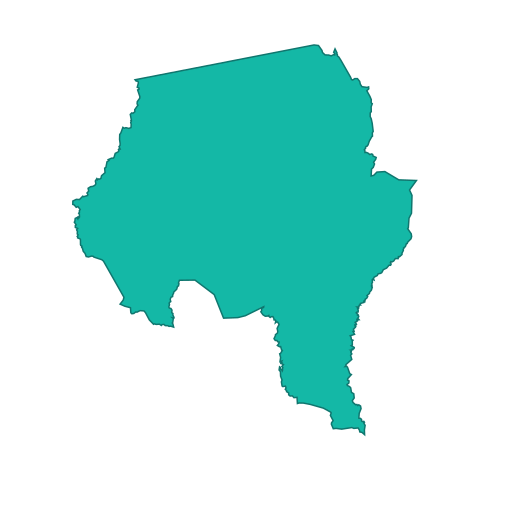 outline of Gurue, Zambezia, Mozambique, rotated 349°
{"feature_id": "85939544B52550879093260", "entity_name": "Gurue", "entity_type": "district", "adm_level": 2, "iso_a3": "MOZ", "parent_name": "Mozambique", "parent_adm1": "Zambezia", "projection": "robinson", "projection_center": [36.983, -15.463], "detail": "fine", "context": "isolated", "style": "filled", "palette": "teal", "viewbox_px": 512, "rotation_deg": 349, "n_neighbors": 0, "source": "geoboundaries", "source_scale": "gbopen_adm2", "svg_char_len": 6070}
<svg xmlns="http://www.w3.org/2000/svg" viewBox="0 0 512 512"><g transform="rotate(349 256 256)"><path d="M398.8,111.5L397.2,111.7L392.3,110.0L391.2,107.3L391.1,104.4L389.4,101.2L386.8,100.7L384.5,101.7L383.4,101.0L383.0,98.7L376.7,80.1L375.3,76.5L374.1,75.1L374.3,73.8L373.8,73.1L374.3,72.2L373.1,67.8L371.1,70.9L372.0,72.2L371.6,73.6L370.9,73.1L368.0,73.9L365.7,72.6L362.2,71.8L360.1,68.9L360.0,66.8L357.5,61.3L353.2,59.9L170.9,59.9L171.7,61.4L173.4,61.9L173.6,62.6L173.5,63.8L171.6,67.7L173.2,68.8L173.0,69.9L171.5,70.4L172.4,77.4L172.0,78.9L168.9,81.8L168.3,84.0L168.9,85.4L164.9,89.2L164.6,91.3L162.5,92.4L161.4,91.8L159.6,93.0L159.6,98.9L159.1,99.1L159.4,99.8L158.5,100.9L158.6,103.0L157.8,106.1L155.5,106.5L152.8,105.2L151.0,105.4L149.9,104.3L146.8,109.4L145.4,110.7L144.3,115.6L144.1,119.7L143.6,121.6L142.4,122.5L143.0,125.0L142.0,124.7L141.2,125.4L141.5,126.6L140.5,127.5L137.4,128.4L135.5,132.0L134.7,132.7L132.8,132.4L129.3,133.2L129.9,134.2L127.7,135.1L125.6,140.3L124.2,140.9L123.7,145.4L119.7,147.7L118.5,150.3L116.7,150.7L115.8,150.2L114.9,150.9L114.5,149.7L112.6,151.7L112.6,154.6L111.4,155.8L109.3,156.5L106.8,156.4L104.1,157.5L104.1,160.4L102.1,161.9L102.7,163.6L102.2,164.5L98.1,164.9L97.4,164.2L93.5,166.9L90.4,166.1L86.7,167.1L86.0,170.4L87.3,171.2L88.8,173.9L90.6,173.5L92.3,176.8L91.2,177.9L91.1,179.3L90.1,180.2L90.6,181.1L90.2,184.0L89.7,184.5L89.7,183.8L88.8,183.6L88.1,185.4L87.6,184.1L85.7,184.6L84.7,187.7L84.1,188.1L85.4,191.1L84.4,191.7L84.1,193.5L86.2,194.9L84.9,196.1L85.4,197.8L84.7,200.2L85.4,201.3L84.2,202.8L84.7,203.3L84.4,204.2L86.5,205.6L86.8,206.4L85.9,211.3L86.0,212.2L87.0,213.1L86.5,214.1L87.1,215.3L87.3,218.4L88.7,220.9L89.2,224.1L91.4,225.0L94.5,224.7L96.1,225.2L96.6,226.1L103.9,230.2L105.3,231.9L118.5,271.3L117.2,274.0L113.4,277.3L117.7,280.3L122.9,282.8L122.3,287.8L123.1,289.0L125.1,289.1L127.2,288.0L128.5,288.4L131.7,287.5L135.5,288.5L136.7,290.5L139.1,298.4L142.4,303.5L143.3,303.2L144.9,304.1L148.2,304.5L149.8,306.1L150.6,305.4L152.6,305.6L153.6,307.0L156.2,307.6L157.2,308.5L158.8,308.6L161.6,310.1L161.4,306.6L161.0,305.8L161.5,305.5L162.9,301.6L162.2,300.7L163.6,301.2L163.8,300.7L163.1,298.0L163.5,296.6L162.5,295.5L163.2,293.1L162.5,291.3L161.0,290.6L160.7,289.4L161.8,287.2L161.7,285.9L162.2,285.1L163.6,284.5L163.5,282.2L164.6,280.3L166.4,279.9L166.9,278.0L167.8,277.2L168.3,275.8L171.8,273.5L173.1,270.9L174.2,270.6L175.1,268.5L174.7,267.8L176.2,265.2L191.5,268.0L207.6,285.9L212.3,310.8L226.4,313.0L234.1,312.6L253.9,307.2L253.6,308.0L252.1,308.2L251.2,309.6L251.1,310.8L250.1,311.7L251.6,315.0L253.6,316.9L256.2,317.2L257.2,316.8L257.2,317.8L258.2,319.0L259.4,318.5L261.0,318.7L261.6,320.6L261.5,322.2L262.8,322.6L263.1,323.3L262.3,325.3L263.4,324.7L264.6,325.0L265.6,327.5L262.9,331.1L263.0,334.1L262.3,335.8L260.1,336.9L259.8,338.0L257.9,340.6L258.8,342.6L260.5,343.0L260.9,344.3L262.3,344.9L261.6,346.4L259.9,347.9L261.8,349.6L262.9,349.6L263.2,353.2L263.8,353.7L261.5,356.3L260.6,356.5L260.8,360.3L259.4,364.3L260.9,364.1L260.2,364.7L259.9,366.0L261.1,365.7L260.8,366.8L262.2,367.8L260.3,369.4L261.1,370.4L260.3,372.2L260.4,372.9L259.9,373.7L259.7,372.8L258.7,372.2L258.7,370.0L258.0,369.3L256.9,372.3L257.9,374.2L257.2,378.7L257.9,382.7L256.9,384.4L256.8,388.6L257.4,389.3L260.1,389.4L260.3,391.3L259.3,392.4L260.4,394.3L260.1,395.0L261.9,396.5L261.6,398.5L262.7,399.9L265.1,400.3L266.2,402.3L269.3,402.6L268.5,408.7L270.1,408.5L274.4,409.4L280.9,412.0L293.1,418.2L299.5,423.5L299.8,424.4L298.6,426.7L300.3,432.3L298.3,434.2L297.9,435.5L298.9,440.3L301.7,440.5L307.1,442.3L317.4,442.7L319.1,443.9L323.4,444.3L324.3,446.6L324.3,448.5L326.4,449.4L328.5,452.1L329.2,447.5L330.8,443.1L329.9,440.3L330.7,439.9L330.3,438.9L328.6,438.7L328.1,438.1L328.4,436.5L327.5,435.3L326.0,434.8L327.3,430.1L330.0,425.9L330.0,423.2L328.5,421.7L327.4,422.2L326.7,421.0L325.4,421.0L323.2,418.2L323.0,416.3L325.3,414.1L325.7,409.9L323.7,408.1L323.8,403.4L322.9,402.0L321.0,400.6L320.8,399.5L322.8,398.5L323.3,397.2L323.4,396.1L322.2,395.4L322.6,393.9L327.0,390.6L325.6,389.4L324.6,382.7L324.0,381.6L322.5,381.5L323.3,380.9L323.6,379.7L330.3,375.8L329.9,371.5L331.4,370.4L330.6,368.8L330.8,368.0L331.3,368.1L331.6,366.7L331.3,366.5L332.9,366.5L332.9,365.8L333.4,366.1L334.6,365.5L335.0,364.5L332.3,362.2L333.6,361.7L334.3,357.8L335.1,357.2L333.7,356.3L333.8,353.6L333.2,352.3L337.8,351.7L336.8,348.6L337.9,348.7L337.7,346.4L340.0,344.9L339.9,342.9L340.6,343.5L340.7,342.6L341.6,342.2L340.7,340.0L342.7,339.4L342.9,337.8L343.6,338.4L343.8,337.9L344.9,338.1L344.0,336.5L345.3,335.1L345.1,333.4L344.4,333.4L344.6,332.5L343.5,330.9L344.0,330.4L345.6,330.4L346.0,328.5L345.6,327.3L346.5,327.0L345.7,325.7L346.5,326.1L346.4,325.4L346.9,325.1L347.1,325.8L348.1,324.0L349.2,324.0L348.8,323.5L349.5,322.5L353.1,322.2L353.2,321.6L354.0,321.6L353.8,321.2L354.3,320.6L353.9,320.5L354.9,319.9L355.0,319.2L356.5,318.7L357.9,317.1L357.4,316.0L360.2,314.4L360.6,313.2L362.7,311.6L364.1,309.0L363.6,308.3L363.7,307.4L364.2,307.5L364.4,304.9L365.2,304.4L365.6,301.4L366.0,301.1L367.2,302.0L367.0,300.5L368.0,299.3L371.3,298.3L372.5,296.8L375.0,296.8L376.3,296.3L378.4,293.7L381.9,292.8L384.9,290.4L386.3,290.8L387.1,289.7L386.6,288.2L387.3,287.2L388.2,287.8L390.2,287.2L392.3,285.1L395.0,285.7L395.7,283.8L396.6,284.2L399.6,282.4L399.9,281.0L401.7,278.7L401.7,277.6L402.6,276.8L402.5,276.2L404.4,275.3L406.0,272.6L406.8,272.6L407.6,271.3L411.4,268.7L412.5,266.6L412.6,263.8L410.1,258.1L410.9,257.4L413.4,248.1L416.8,243.7L420.7,226.3L419.3,220.5L427.9,212.5L410.7,208.5L398.6,197.7L390.7,196.7L386.9,199.3L384.3,199.4L386.0,192.7L388.0,191.4L389.9,188.3L389.3,186.4L391.9,184.0L392.8,182.2L390.0,180.2L389.9,178.6L389.1,177.9L386.8,178.0L386.1,176.8L384.2,175.4L382.7,175.2L383.0,173.5L382.6,172.4L384.2,171.1L384.2,170.3L384.9,169.5L386.0,169.4L387.2,168.3L389.1,164.9L392.6,160.8L393.2,160.6L393.7,157.3L394.8,156.1L395.4,148.0L395.3,143.4L394.7,140.9L395.4,137.4L396.7,136.3L397.5,131.5L399.2,128.7L398.3,127.6L399.0,124.5L398.3,121.1L396.3,114.9L398.6,113.4L398.8,111.5Z" fill="#14b8a6" stroke="#0f766e" stroke-width="1.5"/></g></svg>